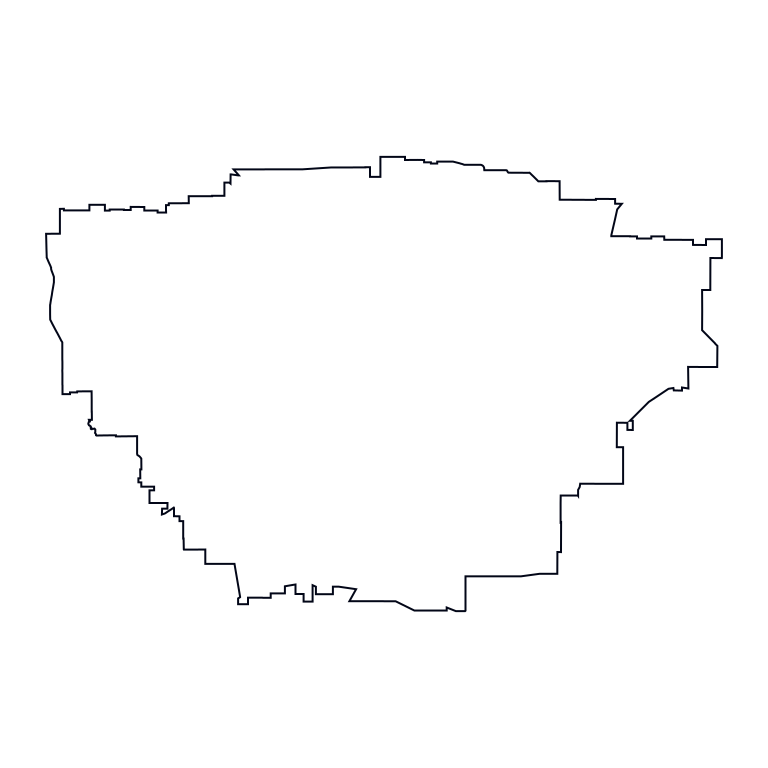 Corrigin, Western Australia, Australia (orthographic projection)
{"feature_id": "25037944B17845862979070", "entity_name": "Corrigin", "entity_type": "district", "adm_level": 2, "iso_a3": "AUS", "parent_name": "Australia", "parent_adm1": "Western Australia", "projection": "orthographic", "projection_center": [117.705, -32.376], "detail": "fine", "context": "isolated", "style": "outline", "palette": "ink", "viewbox_px": 768, "rotation_deg": 0, "n_neighbors": 0, "source": "geoboundaries", "source_scale": "gbopen_adm2", "svg_char_len": 5497}
<svg xmlns="http://www.w3.org/2000/svg" viewBox="0 0 768 768"><path d="M88.9,419.8L89.1,420.4L90.1,420.9L89.8,421.6L89.1,421.6L88.8,421.9L88.3,423.7L88.4,424.2L89.0,425.3L89.9,425.7L90.3,426.3L90.6,426.3L90.8,426.5L90.7,427.3L91.2,427.7L90.8,428.4L90.8,428.8L91.1,429.1L91.8,429.2L92.2,428.8L93.0,428.9L94.5,428.6L95.3,429.5L95.3,430.2L95.3,432.1L95.0,432.9L95.7,433.8L96.0,434.3L96.0,435.2L96.4,435.5L98.7,435.5L104.9,435.4L115.9,435.3L115.9,436.4L118.1,436.4L136.9,436.2L137.1,436.2L137.1,446.8L137.1,453.9L137.2,454.3L137.3,454.7L137.4,455.0L137.7,455.2L139.4,456.3L139.7,456.6L140.9,458.0L141.1,458.3L141.3,458.6L141.4,469.4L140.2,469.4L140.3,478.3L138.4,478.3L138.4,482.3L141.3,482.4L141.3,486.7L144.5,486.7L154.1,486.7L154.1,490.3L149.5,490.3L149.5,495.3L149.5,503.0L151.5,503.0L167.5,503.0L167.4,508.7L162.1,508.7L161.9,514.5L163.9,513.8L164.6,513.6L165.0,513.4L165.5,513.1L167.4,511.8L171.6,509.1L173.8,507.6L174.0,507.9L174.0,516.2L179.5,516.3L179.5,521.1L183.2,521.1L183.2,525.2L183.2,531.1L183.2,537.8L183.2,538.5L183.6,538.5L183.8,549.4L183.9,549.6L194.5,549.6L205.3,549.5L205.3,563.9L220.0,563.9L234.5,563.9L235.1,567.5L239.0,590.3L239.7,594.5L240.1,596.8L240.1,597.2L238.1,598.4L238.1,604.2L248.0,604.2L248.0,597.8L248.0,597.7L262.5,597.7L262.9,597.8L270.7,597.8L270.7,593.4L284.9,593.4L284.9,586.3L292.9,584.9L295.5,584.5L295.5,594.0L303.6,594.0L303.6,601.6L312.6,601.6L312.6,585.2L315.9,586.7L315.9,594.2L332.9,594.2L332.9,586.7L338.9,586.7L356.1,589.2L349.4,601.2L377.6,601.2L395.7,601.3L414.1,610.4L414.3,610.5L421.8,610.5L446.7,610.5L446.7,607.5L455.8,611.1L465.1,611.1L465.5,610.7L465.5,608.3L465.5,598.2L465.5,576.3L477.2,576.3L493.6,576.3L521.2,576.3L539.6,573.8L546.4,573.8L557.3,573.8L557.3,573.7L557.4,552.0L561.0,552.1L561.1,522.7L561.1,522.3L560.6,522.5L560.6,513.2L560.6,503.2L560.7,495.5L577.9,495.5L578.1,495.8L578.1,495.6L578.1,489.9L579.7,487.0L580.2,483.7L601.6,483.8L623.1,483.8L623.1,447.2L616.8,447.2L616.9,422.7L627.4,422.8L627.4,429.9L632.8,430.0L632.8,420.8L629.9,420.8L648.8,401.9L655.8,397.3L668.5,388.8L673.4,388.0L673.8,390.4L674.0,390.4L682.0,390.6L682.0,387.5L688.4,388.5L688.1,366.9L703.1,367.0L717.2,367.0L717.4,345.9L715.0,343.5L715.0,343.3L702.1,330.2L702.2,311.3L702.1,290.0L710.3,290.0L710.3,288.0L710.4,258.0L721.8,258.1L721.9,257.3L721.9,239.2L714.6,239.2L706.0,239.2L706.0,245.0L693.0,244.9L693.0,239.9L692.9,239.9L676.3,239.8L667.1,239.8L664.3,239.8L664.2,236.4L651.3,236.4L651.3,238.5L637.0,238.5L637.0,236.4L630.1,236.4L630.1,236.2L611.3,236.2L611.3,235.3L615.0,219.4L616.9,210.8L617.2,209.4L621.8,203.8L615.1,203.7L615.1,199.0L595.9,198.9L595.9,199.9L578.9,199.8L577.7,199.8L559.7,199.7L559.6,181.2L546.5,181.1L546.5,181.3L538.3,181.3L537.6,180.6L535.8,178.8L533.6,176.6L531.4,174.5L530.0,173.1L529.8,172.9L529.5,172.7L529.3,172.7L529.1,172.8L510.2,172.7L508.8,172.7L508.6,172.7L508.4,172.5L508.2,172.5L508.0,172.3L507.8,172.1L507.7,171.9L507.6,171.7L507.4,171.3L507.2,171.0L507.1,170.8L507.0,170.7L506.9,170.6L506.8,170.4L506.6,170.3L506.4,170.3L506.1,170.2L493.0,170.2L484.3,170.2L484.2,169.3L484.2,168.7L484.2,168.2L484.1,167.9L484.0,167.5L483.9,167.3L483.8,167.1L483.7,166.8L483.5,166.5L483.2,166.1L482.9,165.8L482.6,165.6L482.2,165.4L482.0,165.2L481.5,165.0L481.2,164.9L480.7,164.8L480.3,164.8L464.2,164.8L464.0,164.7L463.9,164.7L463.0,164.3L462.4,164.1L461.8,163.9L460.9,163.7L459.7,163.3L453.0,161.6L445.1,161.6L444.9,161.6L437.2,161.6L437.2,163.5L430.9,163.5L430.9,162.3L424.1,162.3L424.1,160.0L417.3,159.9L405.0,160.0L405.0,156.9L396.5,156.9L380.4,156.9L380.4,167.2L380.4,176.9L370.0,176.9L370.0,170.7L370.0,167.2L367.1,167.2L365.4,167.2L365.4,167.4L364.5,167.4L330.6,167.5L302.9,169.3L299.5,169.3L280.2,169.3L278.9,169.3L269.6,169.3L262.3,169.4L256.3,169.4L236.4,169.4L233.8,169.4L233.6,169.4L237.4,173.7L238.3,174.7L238.9,175.4L238.7,175.4L238.2,175.4L236.1,175.1L231.2,174.4L230.6,174.4L230.5,183.4L230.5,183.6L229.3,182.6L224.4,182.6L224.4,184.4L224.4,191.4L224.4,195.8L212.1,195.8L212.1,196.2L202.3,196.2L188.7,196.2L188.8,203.2L168.8,203.3L168.8,205.1L166.0,205.1L166.0,209.9L166.1,212.5L157.6,212.5L157.6,210.5L149.1,210.5L144.3,210.5L144.3,207.0L130.7,206.9L130.7,210.0L123.9,210.0L123.9,209.5L122.9,209.5L122.0,209.5L121.9,209.5L118.4,209.5L109.7,209.5L109.7,210.6L104.9,210.6L104.9,204.8L96.7,204.8L89.4,204.8L89.4,210.4L74.4,210.4L63.9,210.4L63.9,208.8L63.7,208.8L59.9,208.9L59.9,221.3L59.9,233.7L46.1,233.8L46.3,241.7L46.4,246.0L46.5,250.0L46.6,253.3L46.7,256.6L46.7,256.8L46.7,257.4L46.7,257.6L46.8,257.7L47.6,259.6L48.1,260.8L48.9,262.6L49.5,263.9L50.3,265.6L50.9,267.2L51.0,267.3L51.1,267.5L51.1,268.3L51.1,269.0L51.2,269.3L51.3,269.7L51.6,270.7L52.1,272.0L53.2,274.9L53.7,276.3L53.8,276.6L53.9,276.9L53.9,277.3L53.9,280.6L53.9,282.1L53.9,282.3L53.9,282.5L53.8,282.9L53.5,284.8L53.0,287.8L52.3,291.7L51.8,295.2L51.3,297.9L50.9,300.2L50.5,302.6L50.3,304.1L50.1,304.9L50.1,305.5L50.1,306.9L50.1,309.5L50.1,312.8L50.1,314.3L50.2,319.6L50.3,319.9L50.5,320.2L52.3,323.8L53.1,325.3L55.3,329.5L56.6,331.9L57.3,333.1L59.3,336.9L60.1,338.4L60.6,339.4L61.0,340.2L61.3,340.8L61.9,341.6L62.1,342.0L62.3,342.4L62.3,344.0L62.3,344.3L62.3,345.0L62.3,345.4L62.3,347.5L62.3,353.1L62.3,353.9L62.3,357.0L62.3,359.2L62.4,361.9L62.4,366.1L62.4,368.6L62.3,370.5L62.4,373.2L62.4,376.5L62.4,379.5L62.4,382.0L62.4,384.9L62.5,385.1L62.5,388.7L62.5,391.7L62.5,394.1L70.0,394.1L70.0,392.4L77.1,392.4L77.2,391.4L91.6,391.3L91.7,400.7L91.7,411.6L91.8,411.6L91.9,419.8L89.9,419.8L88.9,419.8Z" fill="none" stroke="#020617" stroke-width="2"/></svg>